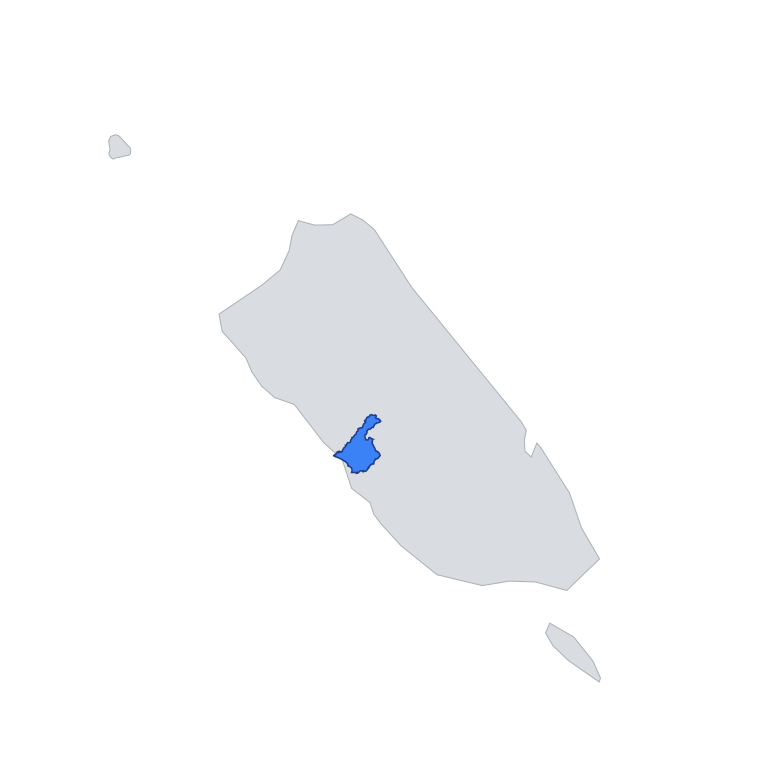 location of Juana Díaz, Puerto Rico, rotated 49°
{"feature_id": "32010507B98584278063898", "entity_name": "Juana Díaz", "entity_type": "district", "adm_level": 2, "iso_a3": "PRI", "parent_name": "Puerto Rico", "parent_adm1": "", "projection": "natural_earth1", "projection_center": [-66.503, 18.064], "detail": "fine", "context": "in_parent", "style": "filled", "palette": "blue", "viewbox_px": 768, "rotation_deg": 49, "n_neighbors": 0, "source": "geoboundaries", "source_scale": "gbopen_adm2", "svg_char_len": 4139}
<svg xmlns="http://www.w3.org/2000/svg" viewBox="0 0 768 768"><g transform="rotate(49 384 384)"><path d="M518.8,315.3L527.3,321.7L535.7,320.8L528.9,307.4L535.1,307.4L588.2,315.6L622.3,329.4L657.4,336.1L659.7,381.5L632.7,399.7L615.0,418.7L600.7,442.0L562.8,469.1L517.2,477.3L486.8,478.0L475.5,477.1L464.4,472.4L441.5,476.9L413.2,465.0L388.9,468.0L340.6,465.1L322.6,475.4L305.3,477.8L288.3,475.8L273.9,471.2L238.1,471.6L223.0,462.6L229.3,410.9L229.8,387.4L221.1,368.1L211.5,355.9L204.5,341.5L218.6,332.1L230.1,318.3L233.8,297.5L246.4,292.4L261.2,290.0L329.5,299.7L502.4,305.2L512.2,306.9L518.8,315.3ZM713.9,426.2L692.1,428.2L678.0,425.5L673.2,415.8L699.5,406.8L730.3,408.1L747.9,413.5L750.1,417.1L713.9,426.2ZM35.8,441.2L33.2,441.5L30.6,441.1L29.4,440.2L27.7,437.2L19.8,432.3L17.9,427.8L19.7,423.1L23.0,421.2L39.0,420.7L40.6,421.1L43.8,424.4L43.9,426.8L42.3,429.0L39.5,434.7L38.3,436.2L37.4,437.6L37.0,440.2L35.8,441.2Z" fill="#d9dde1" stroke="#a8b0b8" stroke-width="1"/><path d="M405.1,469.1L407.0,468.4L410.5,466.4L413.4,465.3L414.7,464.9L415.3,464.7L417.1,464.1L417.6,464.0L418.7,463.8L418.9,463.8L419.4,463.8L420.1,463.9L420.7,464.0L420.9,464.0L421.3,464.1L421.7,464.6L422.1,465.0L423.2,464.3L424.3,463.9L425.9,463.7L426.3,463.8L427.4,464.2L428.5,465.0L429.0,465.8L429.5,466.6L430.2,465.9L430.9,464.8L432.0,463.8L432.3,463.2L432.6,463.0L432.8,462.3L433.4,462.6L433.2,463.4L433.3,463.5L433.6,463.2L434.2,461.6L434.0,460.0L434.0,459.3L434.3,458.3L435.3,457.5L436.2,457.6L436.3,457.4L436.1,457.1L436.0,456.7L436.8,456.9L437.1,455.8L437.7,455.1L438.0,454.4L438.0,453.8L437.7,453.3L437.5,452.7L437.6,452.0L437.1,451.7L437.1,451.4L437.4,450.7L437.3,450.4L436.9,450.8L436.7,450.6L436.7,449.6L436.4,448.7L436.6,447.8L436.3,447.6L436.4,446.8L436.7,445.6L437.2,444.8L436.7,444.9L436.8,444.4L437.2,443.8L437.1,443.4L436.6,443.3L436.1,442.8L435.4,440.2L435.1,440.0L435.6,439.0L435.3,438.9L435.7,438.4L436.2,437.3L435.7,435.8L435.8,435.1L435.5,433.9L434.3,433.3L432.9,433.0L431.8,433.3L431.7,433.0L430.5,433.5L430.0,433.4L429.2,433.7L428.7,434.2L427.3,433.5L426.7,433.1L425.6,433.0L425.5,432.8L424.4,432.8L424.1,432.6L422.7,432.0L422.0,432.2L421.2,432.0L420.4,431.4L420.3,430.9L419.8,430.7L419.5,429.9L419.0,429.8L418.0,429.2L418.3,428.6L416.9,429.3L415.6,429.5L414.6,430.3L414.6,430.7L415.6,432.0L415.6,432.6L415.5,432.9L414.8,433.8L414.1,434.3L413.3,434.0L411.9,433.2L411.4,433.1L411.1,432.9L410.5,432.1L410.0,431.4L410.3,430.3L410.0,429.7L409.8,429.4L409.5,428.7L408.8,428.5L408.2,427.8L408.5,427.3L408.2,426.6L407.8,425.8L407.9,425.3L408.7,424.7L408.9,424.3L409.0,424.1L409.1,422.9L408.8,422.4L408.8,421.6L409.7,420.7L409.3,420.0L408.7,418.0L408.3,417.8L408.3,417.5L408.4,416.6L408.8,415.9L408.7,414.9L409.7,413.3L410.0,412.0L410.1,411.1L409.5,410.8L409.1,410.9L408.5,410.7L408.1,410.9L407.5,410.8L406.8,411.0L406.5,410.9L405.7,412.0L404.9,412.3L404.8,412.5L403.9,412.5L403.6,411.5L403.1,410.7L401.9,410.8L401.5,411.0L401.7,411.4L401.6,411.8L401.1,412.3L400.0,413.0L398.9,413.5L398.6,413.9L398.3,415.2L398.3,415.5L398.8,415.9L398.7,417.6L398.4,418.1L398.0,418.3L398.3,419.8L399.0,420.5L399.1,421.8L398.9,422.2L399.1,423.0L399.8,423.0L400.1,423.1L400.7,422.9L400.9,423.6L400.9,423.8L401.0,424.7L400.8,425.2L401.0,425.5L401.1,426.3L401.5,426.9L402.0,427.4L402.1,428.0L402.4,428.6L402.5,429.5L402.3,430.0L401.6,430.5L401.3,431.2L401.3,432.0L400.8,432.4L400.8,433.1L401.9,434.0L402.3,435.0L402.2,435.4L402.2,435.9L402.6,436.9L403.4,437.8L403.6,438.3L403.3,439.2L403.4,440.3L403.9,441.2L404.0,441.9L403.3,443.1L403.5,443.6L403.9,443.8L404.2,444.2L404.5,446.0L405.7,447.1L405.8,447.2L405.7,447.7L405.6,448.2L405.2,449.1L404.4,450.0L404.4,450.4L405.4,452.4L404.9,453.3L405.3,453.3L405.5,453.3L405.7,453.6L406.2,455.4L405.8,456.5L406.4,457.2L406.4,458.0L406.9,458.8L407.0,459.3L407.7,459.7L407.6,460.3L407.1,460.8L407.2,461.2L406.7,461.5L406.0,461.5L406.2,461.8L406.0,462.0L406.2,462.7L406.2,463.1L405.0,462.7L404.6,463.5L404.6,463.9L404.9,464.1L405.1,464.6L404.9,465.1L405.3,465.4L405.2,466.1L405.5,466.7L405.1,466.9L405.1,467.7L405.7,468.1L405.7,468.4L405.3,468.3L404.9,468.8L405.1,469.1Z" fill="#3b82f6" stroke="#1e3a8a" stroke-width="1.5"/></g></svg>